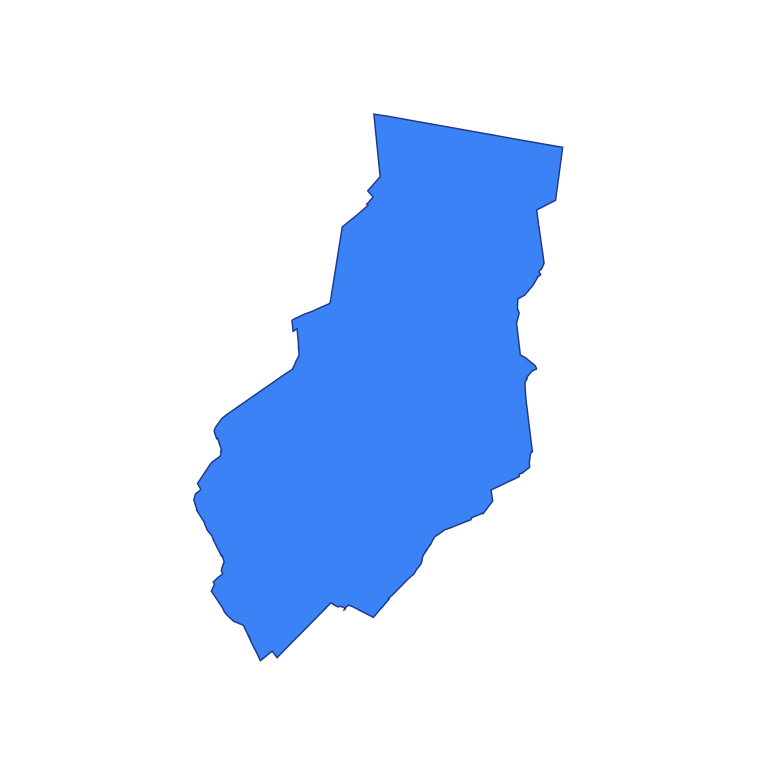 the district of Mārupes pag., Marupes, Latvia, rotated 126°
{"feature_id": "27541924B47115385848599", "entity_name": "Mārupes pag.", "entity_type": "district", "adm_level": 2, "iso_a3": "LVA", "parent_name": "Latvia", "parent_adm1": "Marupes", "projection": "natural_earth1", "projection_center": [23.996, 56.885], "detail": "fine", "context": "isolated", "style": "filled", "palette": "blue", "viewbox_px": 768, "rotation_deg": 126, "n_neighbors": 0, "source": "geoboundaries", "source_scale": "gbopen_adm2", "svg_char_len": 5929}
<svg xmlns="http://www.w3.org/2000/svg" viewBox="0 0 768 768"><g transform="rotate(126 384 384)"><path d="M653.0,402.0L660.1,382.9L661.7,380.2L662.2,378.8L662.5,378.1L662.7,377.3L663.3,374.8L664.1,368.5L664.3,365.8L664.1,365.4L664.1,365.2L663.1,361.2L661.9,355.8L664.7,350.7L665.5,349.2L666.2,347.9L666.8,346.4L667.1,346.4L668.2,344.4L667.7,344.4L667.8,344.2L668.3,343.2L669.2,342.5L670.1,340.9L671.3,338.8L672.6,336.3L673.1,335.3L673.6,334.5L674.0,333.7L674.7,332.2L674.8,332.0L675.1,331.3L675.5,330.5L675.9,329.7L676.0,329.7L676.4,328.8L677.8,326.3L678.2,325.5L679.0,324.1L679.8,322.7L680.2,322.1L680.5,321.5L680.5,321.4L675.1,319.9L673.9,319.6L667.1,317.8L665.9,317.4L668.2,309.6L666.5,309.4L663.2,308.9L660.4,308.5L652.2,307.3L650.6,307.1L649.5,307.0L649.5,306.9L647.7,306.7L645.3,306.3L644.1,306.1L643.6,306.0L642.4,305.9L641.5,305.7L640.4,305.6L640.0,305.5L638.3,305.2L638.1,305.2L637.3,305.0L636.7,304.9L635.9,304.8L635.0,304.6L633.8,304.5L631.1,304.1L628.5,303.7L627.1,303.5L625.7,303.2L623.9,303.0L622.1,302.8L620.7,302.5L619.1,302.3L617.9,302.1L616.8,301.9L615.9,301.8L615.2,301.6L614.1,301.5L607.0,300.5L605.8,300.3L604.5,300.1L604.3,300.0L601.5,299.6L600.5,299.5L599.4,299.3L597.1,299.1L596.0,298.9L593.8,298.5L593.4,298.6L592.7,298.7L592.4,298.2L592.3,297.9L592.1,294.7L591.5,290.7L591.2,290.0L590.7,289.7L589.7,288.8L589.1,287.4L589.0,287.1L589.0,286.9L588.7,286.4L588.1,285.3L588.2,285.0L588.3,284.7L588.5,284.3L588.9,284.0L590.2,283.5L589.5,283.1L586.1,283.6L584.2,282.7L583.6,282.7L583.2,280.5L582.9,280.0L582.7,279.1L582.6,278.4L582.4,277.7L582.3,276.9L582.2,276.1L582.1,275.5L582.0,274.8L581.8,273.7L581.6,272.6L581.7,272.3L581.4,270.5L581.1,268.6L580.9,267.6L580.8,267.0L580.6,265.6L580.5,265.0L580.5,264.9L580.5,264.7L579.6,259.2L579.2,255.5L575.9,255.1L567.0,254.6L566.7,254.7L566.7,254.3L563.2,254.1L561.8,254.0L555.0,253.5L555.1,254.5L554.7,254.4L554.7,254.2L547.5,252.8L541.6,252.0L540.5,251.8L539.1,251.6L529.7,250.2L528.7,250.1L528.2,250.0L527.7,249.9L525.8,249.5L523.2,248.9L522.1,248.6L520.3,248.1L518.3,248.3L515.3,248.6L510.8,248.4L509.7,248.3L508.8,248.3L507.9,248.4L507.1,248.6L506.4,248.8L505.7,249.0L504.6,249.4L502.4,250.6L501.1,251.1L500.5,251.3L496.9,251.8L495.5,251.9L494.5,252.0L494.9,251.7L488.6,252.1L487.1,252.4L486.9,251.9L483.2,252.6L480.1,253.0L478.3,253.2L477.9,253.2L475.3,252.2L466.6,249.3L459.4,244.5L447.9,237.3L442.8,233.9L440.5,234.5L437.4,232.5L430.3,228.0L431.2,227.6L414.7,227.3L406.9,235.1L398.6,230.6L389.5,225.7L384.8,223.0L379.5,220.2L377.2,221.6L376.7,221.2L375.8,220.6L375.3,220.1L375.0,219.9L371.6,218.9L369.1,218.2L365.8,217.2L364.6,218.2L362.6,219.8L361.9,220.4L361.3,220.8L359.8,221.6L354.9,224.2L353.1,224.7L351.6,224.1L343.0,232.2L340.5,234.4L337.5,237.4L337.4,237.4L317.4,256.0L317.2,256.3L308.0,264.4L304.9,266.9L299.9,270.9L295.4,271.4L295.4,271.7L295.5,272.4L295.1,272.4L293.7,272.3L291.4,272.2L290.2,272.1L289.6,272.1L289.1,272.1L288.4,272.0L287.8,271.9L287.0,271.7L286.6,271.7L286.0,271.5L285.2,271.1L284.6,270.8L284.1,270.5L283.7,270.3L282.8,269.7L282.7,269.5L282.3,269.5L282.1,269.6L281.9,269.8L281.5,270.2L281.2,270.8L280.9,271.3L280.7,271.7L280.5,272.2L280.3,272.6L280.2,273.3L280.0,276.5L280.0,278.2L279.9,281.0L279.6,283.6L279.6,285.2L279.8,287.3L280.4,290.9L279.4,291.7L256.9,312.5L247.2,316.3L244.3,320.6L236.6,325.7L233.7,324.4L230.2,322.8L229.6,322.5L229.3,322.4L228.8,322.4L226.9,322.2L226.4,322.2L223.8,322.0L223.6,322.0L223.1,322.0L219.5,321.7L218.2,321.6L217.6,321.6L217.2,321.6L216.7,321.5L215.6,321.6L214.4,321.7L213.6,321.7L213.1,321.8L212.1,321.9L211.4,322.0L210.8,322.1L210.6,322.1L210.4,322.1L210.0,322.1L209.1,322.2L208.1,322.4L207.8,322.4L207.5,322.4L207.4,322.5L207.0,322.8L206.8,322.4L205.4,322.0L204.7,321.8L203.6,321.5L203.0,322.1L202.8,322.5L202.8,323.0L202.8,323.8L202.2,324.5L201.0,324.7L200.4,324.8L199.3,324.6L198.8,324.1L192.4,325.4L190.1,327.5L187.2,330.3L186.9,330.5L176.3,340.9L165.1,351.6L165.7,351.4L162.2,354.5L159.7,356.9L157.7,358.8L157.5,359.0L153.6,362.7L153.5,362.8L134.5,353.2L127.2,357.2L108.5,367.2L87.5,378.6L90.9,385.4L100.0,404.0L110.3,425.1L116.3,437.6L125.5,456.6L131.5,468.9L143.0,492.6L155.1,517.5L163.8,535.6L171.6,550.8L218.4,509.1L218.6,509.0L237.3,510.7L237.7,509.3L238.6,505.0L239.1,502.9L239.2,502.7L239.8,502.7L248.7,503.6L248.6,501.9L260.4,504.5L262.9,505.1L264.8,505.6L281.4,510.1L349.5,475.5L350.1,475.5L350.9,475.3L358.5,479.8L362.3,482.0L366.9,484.5L374.7,489.7L383.3,494.4L383.8,494.6L384.8,495.2L386.7,495.8L387.0,495.5L387.3,495.3L393.2,489.9L393.6,489.6L394.2,489.1L394.3,489.1L394.8,488.4L391.8,487.4L391.7,487.4L390.3,486.9L403.6,475.2L403.9,475.4L410.1,470.0L411.2,469.5L412.4,469.2L417.5,468.6L420.7,467.7L425.1,467.0L425.6,466.6L434.7,470.1L452.2,476.2L467.9,481.7L485.1,487.7L500.9,493.1L506.3,494.7L507.9,494.9L509.7,495.0L510.1,494.7L512.8,494.8L514.1,494.9L515.4,494.9L516.4,494.9L517.4,494.9L518.5,494.8L519.4,494.6L520.1,494.4L520.8,494.2L521.3,494.0L521.8,493.8L522.1,493.5L522.4,493.2L523.0,492.3L524.0,491.0L524.9,489.7L526.0,488.1L526.6,487.1L525.6,486.7L525.9,486.4L530.7,479.8L531.0,479.4L532.8,476.8L532.9,476.6L533.1,476.4L534.3,476.8L535.6,475.4L536.7,474.6L538.4,474.2L539.7,474.4L548.0,477.1L550.7,477.4L574.1,476.4L576.6,470.8L576.9,470.8L577.6,470.1L581.3,471.2L583.7,471.9L589.5,469.8L595.4,461.9L596.2,461.5L601.3,448.6L601.8,447.9L602.2,447.2L603.1,445.9L604.3,444.1L606.1,441.2L608.0,434.0L610.5,430.3L612.0,427.4L613.3,424.9L614.0,423.7L615.2,421.2L618.8,414.2L618.1,413.9L621.8,408.8L623.4,408.4L624.7,408.1L625.2,407.9L626.4,407.5L627.0,407.3L628.4,406.8L629.7,406.1L630.0,406.2L630.5,406.1L631.2,405.0L631.7,404.1L632.0,403.2L632.4,402.9L632.9,403.0L633.6,403.2L634.6,403.5L635.3,403.8L635.7,403.9L635.9,404.0L636.4,404.1L637.1,404.3L637.7,404.5L639.3,404.8L639.9,404.9L640.6,405.0L641.2,405.2L642.9,405.4L643.5,405.5L644.6,405.7L645.2,404.0L645.4,403.6L649.8,402.5L652.6,402.0L653.0,402.0Z" fill="#3b82f6" stroke="#1e3a8a" stroke-width="1.5"/></g></svg>